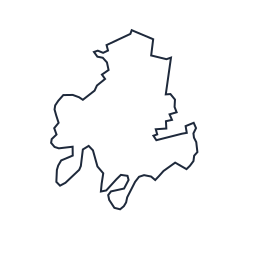 Novo Tiradentes, Rio Grande do Sul, Brazil, rotated 126°
{"feature_id": "56859067B80208552763127", "entity_name": "Novo Tiradentes", "entity_type": "district", "adm_level": 2, "iso_a3": "BRA", "parent_name": "Brazil", "parent_adm1": "Rio Grande do Sul", "projection": "robinson", "projection_center": [-53.157, -27.557], "detail": "fine", "context": "isolated", "style": "outline", "palette": "slate", "viewbox_px": 256, "rotation_deg": 126, "n_neighbors": 0, "source": "geoboundaries", "source_scale": "gbopen_adm2", "svg_char_len": 1305}
<svg xmlns="http://www.w3.org/2000/svg" viewBox="0 0 256 256"><g transform="rotate(126 128 128)"><path d="M186.5,176.3L185.1,172.0L175.7,161.8L182.8,156.5L193.5,163.0L199.4,162.4L203.7,160.9L213.7,154.3L214.6,149.1L209.1,146.4L190.5,142.9L186.5,143.8L171.9,151.9L165.6,149.3L166.7,143.2L177.1,130.1L179.2,121.4L188.5,116.6L195.3,112.6L191.3,108.9L176.2,107.2L170.1,106.2L167.0,100.3L169.7,97.0L179.3,95.6L189.3,104.5L193.9,104.6L197.2,101.0L200.6,92.1L198.4,86.6L193.7,85.4L189.3,85.8L184.6,87.9L167.4,90.6L161.0,90.4L156.7,87.3L153.7,80.8L154.1,75.4L148.9,74.7L141.9,74.0L128.3,69.5L126.9,56.5L122.2,55.7L116.3,55.6L111.5,58.2L106.7,57.7L99.3,64.5L97.0,69.0L93.9,71.9L88.1,72.9L85.2,77.9L92.6,82.5L97.4,77.6L100.8,80.9L121.2,97.9L119.3,102.9L116.0,100.6L112.7,104.8L105.9,96.7L100.2,101.3L95.6,97.2L92.5,102.4L86.7,97.9L83.6,102.7L77.4,106.7L75.6,113.6L78.6,117.2L45.8,134.6L49.7,137.3L55.7,151.9L41.4,159.8L46.7,182.5L50.5,181.4L73.5,194.1L77.1,189.7L81.8,192.3L83.2,197.9L86.5,200.2L88.3,194.7L86.0,189.7L87.3,183.6L92.5,177.8L100.1,180.5L101.8,175.4L111.9,178.1L117.4,177.0L131.7,181.1L131.9,185.7L133.7,192.1L139.4,199.7L147.0,200.4L152.5,200.2L156.2,198.3L160.0,193.5L164.6,187.2L171.5,187.6L175.3,182.0L181.8,183.2L185.2,181.5L186.5,176.3Z" fill="none" stroke="#1e293b" stroke-width="2"/></g></svg>